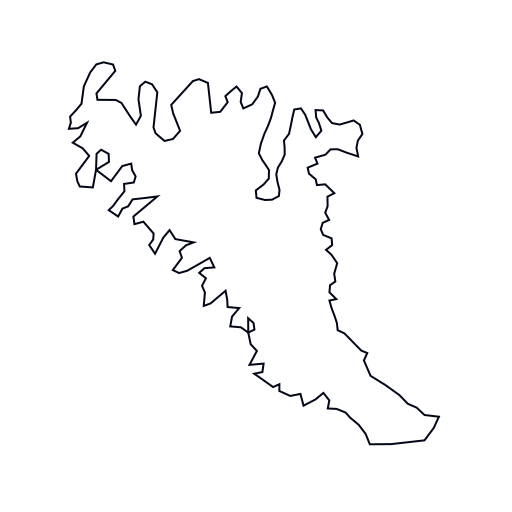 the district of Novo Barreiro, Rio Grande do Sul, Brazil, rotated 278°
{"feature_id": "56859067B91142511999740", "entity_name": "Novo Barreiro", "entity_type": "district", "adm_level": 2, "iso_a3": "BRA", "parent_name": "Brazil", "parent_adm1": "Rio Grande do Sul", "projection": "mercator", "projection_center": [-53.105, -27.904], "detail": "fine", "context": "isolated", "style": "outline", "palette": "ink", "viewbox_px": 512, "rotation_deg": 278, "n_neighbors": 0, "source": "geoboundaries", "source_scale": "gbopen_adm2", "svg_char_len": 3024}
<svg xmlns="http://www.w3.org/2000/svg" viewBox="0 0 512 512"><g transform="rotate(278 256 256)"><path d="M410.0,203.4L404.4,206.6L393.8,200.5L391.6,191.7L420.7,184.3L423.2,174.9L420.4,169.1L393.8,151.0L385.6,154.2L369.4,163.4L360.3,157.5L357.2,149.4L363.5,139.5L369.1,136.6L404.4,135.5L411.6,129.1L413.2,122.1L407.9,117.4L394.8,117.8L378.8,122.5L369.4,118.9L377.0,111.7L388.8,101.5L391.0,95.5L388.6,77.2L394.8,75.4L419.8,90.9L425.7,87.8L426.6,78.1L423.5,71.2L414.8,66.3L400.0,61.9L382.5,62.0L375.0,57.3L368.2,52.5L362.2,54.1L355.9,53.0L357.8,62.0L364.4,70.1L350.0,65.4L342.7,58.8L338.5,69.4L331.9,76.9L312.5,66.3L305.3,68.6L300.3,71.8L301.2,84.9L319.1,85.6L309.9,102.0L326.5,111.1L330.1,119.6L323.7,121.4L318.1,125.7L311.8,124.8L309.0,115.3L301.8,116.7L293.1,111.5L285.8,107.6L280.9,103.8L275.9,114.0L284.3,117.1L287.4,122.5L294.9,125.9L298.1,138.4L301.3,150.1L278.0,129.1L270.6,131.2L274.3,139.7L264.0,151.5L258.0,151.9L252.0,148.7L244.2,155.7L261.4,161.7L269.6,166.8L261.5,173.8L260.8,192.4L256.8,185.1L250.2,179.7L243.9,182.9L230.5,175.6L228.4,182.2L231.8,189.9L247.7,210.5L238.9,216.3L236.8,206.7L231.4,202.1L227.0,209.5L219.0,206.7L212.7,210.5L199.3,211.2L202.7,217.6L217.4,230.7L208.6,233.6L201.5,235.0L202.1,246.6L192.7,240.7L182.7,240.3L183.3,250.9L179.1,259.0L167.9,263.0L162.1,270.1L147.3,264.7L150.5,278.5L142.0,278.5L139.2,270.7L128.6,291.2L132.3,297.0L125.6,297.9L122.2,309.4L125.6,319.2L114.4,323.9L122.2,334.8L129.8,341.8L123.2,348.7L115.0,348.3L115.8,357.1L113.4,366.6L109.1,371.6L103.2,381.1L95.0,389.4L85.4,394.9L88.5,415.9L91.4,427.2L96.9,448.5L110.4,455.9L122.3,459.5L122.0,445.0L128.2,436.2L130.8,426.9L138.2,417.4L146.0,402.5L153.3,386.1L167.6,377.4L175.4,379.7L177.0,373.4L191.7,354.3L193.9,347.2L200.7,345.5L206.7,342.6L214.5,338.3L222.1,334.9L224.5,341.5L230.2,333.8L237.4,333.4L241.8,338.1L249.4,335.9L260.2,337.4L267.8,330.5L271.8,324.5L277.4,329.9L284.0,328.4L286.2,319.6L291.5,316.4L298.1,317.4L301.9,323.4L308.5,318.5L315.3,320.0L324.7,318.5L329.1,324.8L336.6,314.6L334.7,306.5L340.3,304.4L344.9,297.0L350.7,294.9L356.0,304.0L361.6,300.8L366.0,310.7L372.0,315.0L373.1,322.1L370.9,331.6L368.8,343.3L377.2,340.4L384.4,340.8L391.6,344.4L400.4,340.6L403.8,333.8L400.8,327.3L397.8,320.5L398.2,312.8L403.2,307.2L409.5,302.2L408.8,294.7L401.6,296.3L396.6,299.7L389.2,303.3L382.0,298.7L389.2,292.7L396.9,288.4L402.8,285.0L408.4,280.0L406.4,273.5L398.6,272.8L391.4,272.4L381.6,271.7L374.2,267.6L367.6,269.2L360.4,270.3L353.2,268.3L346.6,265.4L339.7,264.7L332.5,266.9L324.7,270.1L318.5,270.3L314.0,264.0L312.7,257.2L313.7,248.4L320.9,246.7L327.9,253.6L334.4,257.9L342.9,256.9L347.5,252.9L352.1,248.7L358.1,244.5L367.8,245.2L378.2,247.3L387.0,249.9L394.8,251.6L403.8,252.7L410.4,253.6L417.6,249.5L425.4,243.2L422.2,237.1L414.2,235.7L405.7,231.2L400.4,222.9L406.4,219.4L415.4,219.4L421.1,213.1L415.7,208.1L410.0,203.4ZM319.1,85.6L335.0,83.9L339.7,87.8L336.6,95.9L328.7,97.3L319.1,85.6ZM179.1,259.0L193.3,256.9L189.3,262.9L182.9,264.7L179.1,259.0Z" fill="none" stroke="#020617" stroke-width="2"/></g></svg>